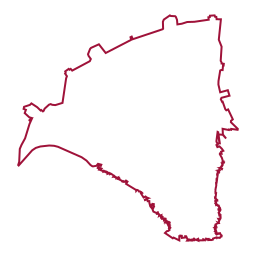 Sector 1, Bucharest, Romania (Equal Earth projection)
{"feature_id": "2599482B44480573036225", "entity_name": "Sector 1", "entity_type": "district", "adm_level": 2, "iso_a3": "ROU", "parent_name": "Romania", "parent_adm1": "Bucharest", "projection": "equal_earth", "projection_center": [26.069, 44.488], "detail": "fine", "context": "isolated", "style": "outline", "palette": "rose", "viewbox_px": 256, "rotation_deg": 0, "n_neighbors": 0, "source": "geoboundaries", "source_scale": "gbopen_adm2", "svg_char_len": 5987}
<svg xmlns="http://www.w3.org/2000/svg" viewBox="0 0 256 256"><path d="M18.2,165.0L18.7,165.5L32.2,150.3L35.8,147.9L40.3,146.5L49.3,145.5L54.1,145.8L58.0,146.8L81.6,157.2L86.5,160.6L90.5,165.0L92.1,166.1L92.9,166.4L96.4,165.8L98.0,163.8L101.3,164.7L100.8,165.9L99.0,165.2L97.3,168.8L97.9,168.0L98.8,168.3L99.0,167.9L98.3,167.3L99.8,168.0L99.1,169.6L99.3,169.6L100.1,168.0L101.6,168.6L100.5,170.1L103.2,171.2L103.8,170.7L104.5,171.2L104.2,171.6L105.5,171.3L106.3,171.6L105.9,172.3L106.2,172.4L106.4,172.0L107.0,172.0L107.1,172.4L107.8,172.7L107.7,173.0L108.8,172.7L109.2,173.0L108.8,173.5L109.9,173.2L110.3,173.5L110.2,174.1L111.1,173.8L111.5,174.1L111.2,174.5L111.7,174.2L112.5,174.8L112.4,175.3L112.7,174.9L113.5,175.5L113.4,176.0L114.2,175.8L114.5,176.2L114.2,176.5L114.7,176.4L115.5,176.9L115.2,177.2L116.5,177.6L116.4,178.1L116.9,177.9L116.6,178.3L117.3,178.8L118.6,177.5L119.0,177.8L118.6,178.4L119.3,178.8L118.9,179.3L122.3,181.0L122.2,181.5L122.9,181.9L122.8,182.4L123.8,181.2L124.9,181.9L126.0,180.6L127.5,181.6L126.1,183.9L136.1,190.0L136.2,190.8L136.9,189.9L137.4,190.0L138.5,190.6L139.0,191.5L140.2,191.5L141.1,192.6L141.5,192.3L142.2,193.0L141.1,193.6L143.6,197.5L145.5,196.5L146.6,197.4L148.3,198.1L146.5,198.6L146.7,199.2L144.9,199.8L145.0,200.1L147.3,199.2L147.7,201.2L149.3,201.1L149.4,203.0L150.3,206.4L152.6,209.1L152.7,208.2L152.3,208.2L151.3,206.3L151.6,204.8L152.2,205.0L152.5,203.9L153.8,204.1L153.7,206.3L154.0,206.5L152.6,209.6L153.4,211.6L156.4,213.0L157.8,212.3L158.0,212.9L157.4,213.9L158.7,213.9L159.3,214.7L159.1,215.6L159.6,215.2L160.0,215.5L160.7,215.3L160.5,215.6L161.0,215.9L160.6,216.5L161.0,217.4L162.0,216.3L162.6,216.9L161.7,218.0L162.7,218.3L162.5,218.8L164.1,218.6L164.0,220.2L164.9,219.7L165.0,218.6L165.5,218.7L164.8,220.9L165.6,219.9L165.9,220.2L165.4,221.4L165.8,221.2L165.7,221.8L166.6,220.9L167.3,221.4L166.6,222.7L167.5,222.9L167.1,223.2L167.5,223.8L169.0,222.0L169.7,222.4L169.8,222.8L168.0,224.8L168.4,225.6L169.6,224.8L169.8,225.0L168.5,225.9L168.9,226.6L169.2,226.5L169.1,227.1L169.8,226.7L170.3,227.6L169.7,227.9L169.8,228.5L169.1,229.1L169.5,230.0L168.3,230.9L166.8,231.2L165.0,233.0L172.8,238.3L173.6,237.6L179.3,240.4L179.3,236.3L180.2,236.4L180.3,235.6L181.8,235.8L181.9,237.9L185.1,237.5L185.2,236.2L186.2,236.3L187.7,239.9L187.2,240.6L188.7,240.6L188.7,239.4L188.9,239.4L189.0,239.8L190.5,239.9L190.9,240.5L191.5,240.5L190.9,239.8L191.2,239.6L192.1,240.3L193.1,240.1L191.9,239.1L193.5,240.1L193.1,239.5L193.5,239.1L193.6,239.5L194.1,239.2L194.2,240.0L194.6,240.2L195.2,239.5L197.3,240.3L196.8,239.5L198.2,238.8L198.6,240.4L203.3,240.3L203.3,239.3L203.6,239.4L203.7,240.2L204.3,240.2L204.3,239.8L205.0,240.2L205.2,239.7L206.1,239.6L206.1,238.7L206.7,238.8L206.7,239.4L208.3,239.0L208.3,240.1L209.8,240.0L209.8,239.5L211.0,240.1L212.8,239.7L213.0,238.6L216.5,237.4L216.9,238.0L217.3,237.6L219.8,237.9L220.4,237.0L221.5,236.5L221.3,235.9L221.6,235.4L220.6,234.6L220.1,233.3L219.0,233.7L218.8,233.3L216.6,234.5L216.2,234.2L216.0,233.7L217.1,233.4L216.5,232.2L215.6,232.5L215.7,231.6L215.3,231.4L216.1,230.9L215.8,229.9L215.1,230.1L214.8,229.1L215.3,228.9L215.3,228.3L214.8,227.9L215.5,227.8L214.9,227.1L214.9,226.4L216.3,226.6L215.5,224.5L217.7,223.2L218.6,223.1L218.2,222.6L218.8,222.8L219.2,220.6L218.5,219.2L219.5,219.5L219.5,218.9L219.9,218.9L219.8,218.4L220.5,218.3L220.6,217.8L220.5,215.8L219.4,215.7L219.3,215.3L220.0,214.8L219.2,214.4L219.0,213.9L219.4,213.6L218.9,213.0L219.2,212.9L219.0,212.1L219.4,210.8L220.1,210.8L220.3,210.3L218.5,209.9L218.4,209.4L220.3,209.3L220.1,208.4L219.7,208.5L219.6,207.8L219.1,207.8L219.1,206.3L218.7,205.6L218.0,205.8L217.5,204.9L216.1,205.2L216.0,204.8L216.4,204.7L216.3,203.2L216.1,202.7L215.5,202.8L216.0,201.4L215.3,201.2L215.3,200.7L217.3,200.7L217.3,200.0L216.1,199.1L215.7,198.2L215.1,198.2L215.0,197.3L215.6,197.3L216.1,193.1L215.5,193.1L215.4,190.3L215.0,190.2L215.4,190.1L215.9,187.1L215.4,186.9L216.0,186.9L216.3,185.1L215.7,184.8L216.0,184.8L216.1,184.2L216.1,182.8L216.5,182.9L216.6,182.1L216.2,182.0L216.7,182.0L217.0,180.0L216.5,179.9L216.6,178.8L217.1,178.8L217.7,174.8L217.1,174.7L217.2,174.1L217.7,174.2L217.7,172.3L219.0,172.6L219.2,172.1L218.1,171.2L219.1,170.6L218.5,170.4L219.0,170.3L219.6,168.3L221.9,169.2L222.1,168.6L219.9,167.8L220.7,167.6L220.9,167.1L220.4,166.9L221.0,166.9L221.3,166.1L220.9,165.8L222.1,166.0L222.6,165.1L221.4,164.6L222.0,164.7L222.4,164.0L222.0,163.3L222.7,163.3L223.0,162.6L222.5,162.2L223.8,162.7L224.0,162.3L223.4,162.0L223.5,161.6L222.5,161.6L222.7,160.5L221.9,157.9L219.8,154.1L219.9,153.5L221.6,153.7L221.1,151.7L223.3,150.8L221.8,148.7L219.5,146.4L217.4,147.1L216.5,145.1L217.5,144.7L217.3,144.3L218.1,143.8L216.8,142.5L216.4,141.2L217.6,131.9L218.2,132.2L218.8,138.7L219.5,143.3L219.8,143.3L218.5,134.4L222.8,134.8L226.1,138.5L222.9,134.5L222.6,128.8L228.8,130.0L228.9,129.5L231.1,129.8L231.2,128.9L237.6,129.8L237.8,128.9L230.9,122.2L231.0,120.8L232.8,119.4L232.6,118.9L228.1,109.4L226.3,110.3L225.3,109.2L222.7,101.8L222.2,102.0L220.8,99.2L221.5,97.8L229.5,95.7L227.8,90.2L220.2,92.3L218.4,84.5L218.5,81.0L220.2,70.5L221.2,70.0L222.6,70.1L223.0,65.6L223.6,65.6L223.8,63.8L221.6,63.5L221.7,62.8L220.7,60.8L221.6,46.7L218.8,39.7L220.9,19.3L216.6,19.2L216.3,16.9L215.1,16.8L214.6,15.4L209.9,15.7L209.8,17.1L208.4,17.3L208.7,19.7L194.3,21.8L187.2,22.0L181.9,23.7L177.4,24.4L177.0,19.8L175.8,16.8L175.1,16.2L170.8,16.0L169.9,15.4L163.8,19.6L162.9,21.8L163.1,28.7L162.7,29.2L132.8,39.2L131.7,36.6L130.5,37.2L131.2,39.8L105.7,53.0L98.9,44.3L91.0,47.9L90.1,48.9L88.0,54.2L88.6,55.9L90.8,59.0L89.8,61.2L72.2,70.6L70.7,68.9L69.5,69.7L68.7,68.9L65.2,71.4L65.7,72.9L65.1,73.6L66.9,76.2L66.1,78.4L62.5,102.9L55.3,105.1L52.2,104.8L50.7,104.1L49.0,104.7L44.6,108.7L43.7,110.8L42.9,111.4L41.2,110.0L40.6,110.5L37.2,107.2L31.4,103.4L29.9,104.9L24.1,106.8L23.6,108.9L25.9,109.8L24.7,113.1L29.3,117.3L31.7,118.0L28.8,120.8L31.6,119.3L29.5,124.0L25.1,138.3L21.5,144.9L19.8,148.9L19.2,161.8L18.2,165.0Z" fill="none" stroke="#9f1239" stroke-width="2"/></svg>